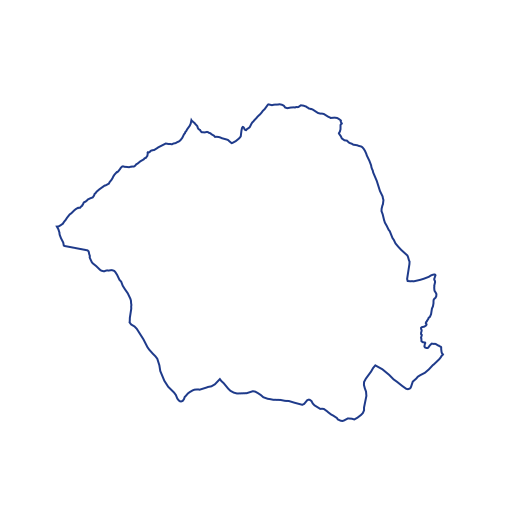 outline of Vetas, Santander, Colombia, rotated 100°
{"feature_id": "7082276B44126561494717", "entity_name": "Vetas", "entity_type": "district", "adm_level": 2, "iso_a3": "COL", "parent_name": "Colombia", "parent_adm1": "Santander", "projection": "mercator", "projection_center": [-72.897, 7.32], "detail": "fine", "context": "isolated", "style": "outline", "palette": "blue", "viewbox_px": 512, "rotation_deg": 100, "n_neighbors": 0, "source": "geoboundaries", "source_scale": "gbopen_adm2", "svg_char_len": 6060}
<svg xmlns="http://www.w3.org/2000/svg" viewBox="0 0 512 512"><g transform="rotate(100 256 256)"><path d="M133.5,343.2L137.0,343.3L139.3,343.9L143.2,345.8L145.3,346.5L146.3,347.2L147.5,347.3L148.5,348.0L152.4,349.1L154.7,350.3L156.2,351.4L157.1,352.5L157.2,352.9L158.8,354.8L159.6,356.9L160.6,358.2L160.6,360.2L160.9,361.2L160.9,364.4L166.1,371.3L166.6,371.7L169.4,374.8L169.6,375.8L170.1,376.7L170.2,377.2L170.9,378.1L171.6,378.4L172.5,379.3L172.6,380.5L173.2,380.7L173.8,380.4L176.2,380.4L178.6,381.6L179.1,382.7L180.3,383.3L182.8,386.3L185.7,388.8L186.4,389.8L187.9,390.6L188.9,391.5L189.3,392.5L189.4,393.7L189.7,394.1L189.9,395.0L190.6,396.4L190.8,399.5L191.0,400.5L190.8,402.5L190.9,402.9L191.3,403.5L192.7,404.5L194.0,405.0L196.4,406.3L197.4,407.0L197.7,407.4L197.6,407.7L200.8,409.7L201.4,409.8L202.2,410.3L203.9,410.7L206.0,411.5L208.9,413.1L210.2,413.4L212.7,416.5L212.9,417.3L217.5,421.8L220.3,424.1L222.1,425.0L222.8,425.7L224.6,426.0L226.7,427.0L227.8,429.0L229.6,431.5L230.7,432.1L231.0,432.5L232.2,433.4L232.6,434.4L233.8,435.1L235.4,435.4L235.8,435.8L236.7,435.9L237.3,436.6L239.1,437.7L239.2,438.9L240.0,439.8L239.2,439.4L241.2,441.7L242.6,442.9L246.0,445.3L247.4,446.7L251.1,448.7L254.1,450.0L254.6,450.4L257.0,451.6L257.5,451.6L259.6,453.7L260.9,455.2L261.3,455.9L261.6,457.2L264.1,455.2L267.2,453.6L268.2,453.4L269.4,452.9L272.4,451.1L276.2,448.2L279.1,447.1L279.4,446.1L279.4,444.6L279.7,422.9L280.5,421.7L281.5,421.2L282.9,420.7L284.9,419.6L286.1,419.6L287.2,419.0L290.5,416.7L291.5,415.6L293.7,411.6L296.7,407.2L297.3,405.8L297.5,403.0L296.4,401.1L296.0,400.0L296.0,398.8L295.0,395.9L295.0,394.7L295.3,393.0L296.2,391.8L298.7,389.5L303.2,386.3L304.7,384.3L308.4,382.1L311.4,379.4L315.0,375.8L319.9,372.3L321.7,371.4L324.2,370.8L325.9,370.2L327.1,370.2L329.6,369.7L338.8,369.5L342.2,369.0L343.3,369.0L345.1,367.1L346.5,363.4L348.4,360.8L357.6,352.4L364.6,347.1L366.7,345.0L370.1,340.7L372.2,337.7L374.3,335.4L380.4,332.2L385.9,330.3L394.8,324.6L400.0,319.8L404.7,313.0L406.8,310.8L410.1,308.7L411.7,306.9L412.3,305.6L412.3,304.6L411.5,303.1L409.5,302.1L407.1,301.7L406.4,301.1L403.2,299.2L401.6,297.7L399.3,295.0L398.3,293.3L397.6,290.6L397.4,289.3L397.5,288.4L394.2,282.0L393.3,280.5L392.1,277.3L389.5,274.2L383.5,270.2L385.1,268.5L386.9,265.7L391.5,260.3L393.2,257.8L394.4,254.2L394.7,250.8L392.7,241.3L389.7,235.6L389.7,233.2L390.7,230.3L392.1,227.1L393.8,224.3L394.6,219.6L394.5,217.5L394.6,214.1L393.5,206.9L393.6,202.1L393.1,198.5L393.8,192.7L394.5,184.6L393.3,182.9L389.1,180.5L388.3,179.1L388.3,178.1L389.2,176.2L391.4,174.5L392.9,172.5L395.4,166.2L394.9,164.0L394.9,162.5L396.7,158.8L397.3,157.9L399.1,154.4L399.7,152.4L401.5,148.2L402.7,147.1L403.5,144.1L403.5,142.3L402.8,140.9L400.0,137.3L399.6,133.4L399.9,130.8L397.6,128.0L394.2,124.9L392.1,123.5L389.2,122.8L386.5,123.3L374.6,123.0L370.4,124.1L367.5,125.8L364.3,127.3L361.3,127.7L357.7,126.5L349.8,122.6L345.9,121.2L343.0,119.5L345.6,111.9L349.9,104.3L353.6,99.1L355.4,95.3L358.6,89.4L360.7,85.0L360.8,83.3L359.9,81.6L359.0,80.9L357.9,80.6L352.5,79.8L348.9,76.9L346.8,75.7L344.8,73.5L341.7,69.4L337.7,66.1L332.6,62.8L332.2,62.3L325.8,57.6L323.6,56.4L322.3,56.0L321.2,55.1L320.4,54.8L320.0,55.5L319.3,56.1L318.3,56.6L315.7,57.4L313.7,57.8L313.3,58.2L312.9,59.9L312.5,60.4L312.5,61.1L311.5,63.6L311.4,64.5L311.7,65.6L311.8,67.8L313.9,69.3L315.8,70.2L316.7,70.8L316.9,71.3L317.0,72.3L316.7,73.7L316.3,74.1L315.6,74.5L313.2,74.4L312.3,74.2L311.9,74.5L311.9,77.0L311.1,78.3L308.7,78.8L307.9,79.3L305.3,79.0L304.8,79.1L304.4,79.8L303.2,80.1L300.9,79.9L300.3,80.0L299.2,80.7L298.2,81.0L297.8,80.8L297.2,80.2L296.4,78.1L295.6,77.2L295.3,76.8L294.2,76.2L293.6,76.2L292.8,77.1L292.0,77.1L291.5,77.0L290.8,76.4L290.2,76.4L288.3,75.5L286.8,75.2L285.8,74.2L283.0,73.5L277.2,73.6L274.9,73.0L271.8,73.0L269.3,73.4L268.1,73.4L267.1,72.9L266.0,72.0L264.4,71.5L262.2,71.7L260.8,72.7L259.6,73.9L258.6,74.4L256.2,75.0L254.9,75.1L254.4,75.3L250.7,75.1L249.6,75.4L248.4,76.3L247.7,76.5L243.8,75.9L243.3,76.3L243.2,77.2L244.0,79.1L244.9,80.5L246.5,82.2L249.2,86.7L250.9,90.0L253.2,95.4L253.6,96.5L253.6,97.3L254.1,99.8L254.3,102.3L252.4,103.2L237.5,103.5L234.9,103.8L233.7,104.6L230.6,106.1L229.2,107.0L224.7,114.2L222.1,117.6L219.4,120.8L216.2,123.1L214.6,124.7L208.3,128.6L207.2,129.9L203.6,132.5L200.7,134.9L198.9,135.8L199.1,135.8L192.9,138.5L190.0,140.2L187.7,140.5L184.4,140.3L183.0,140.0L178.8,140.2L177.2,141.0L175.3,141.7L170.5,145.2L161.1,150.1L153.4,155.1L151.5,155.9L150.1,156.9L148.4,157.8L146.7,158.4L142.5,160.9L137.8,164.3L136.1,165.2L133.6,166.9L131.8,168.5L130.4,170.2L129.9,171.4L129.7,174.3L129.4,175.3L129.4,177.6L129.5,179.0L129.3,180.1L128.8,181.1L128.5,183.2L128.1,184.3L126.6,186.5L126.7,189.0L125.3,191.9L123.4,193.2L121.3,195.3L120.7,195.7L118.9,195.0L116.5,194.8L112.3,195.5L111.5,195.3L110.9,194.6L110.6,194.5L109.0,195.9L107.9,195.9L107.6,196.3L106.5,198.6L106.0,200.1L106.1,202.6L107.1,206.5L106.9,206.7L106.3,209.1L104.4,213.8L104.3,215.5L104.6,217.5L104.4,219.8L102.0,225.4L101.6,227.0L101.8,227.4L101.6,228.2L101.5,229.8L100.9,230.7L100.6,231.9L100.2,232.3L99.7,235.4L99.8,238.0L101.9,240.1L102.2,241.0L102.3,242.3L103.0,243.4L103.0,244.5L103.8,247.7L105.0,250.8L104.7,253.1L103.4,254.4L103.1,254.9L102.6,256.5L102.5,257.7L102.5,259.4L103.0,260.5L103.8,264.4L104.7,266.5L104.5,270.0L104.8,270.5L105.2,270.7L109.9,273.0L111.9,274.5L113.8,275.4L116.1,276.8L116.5,277.2L118.7,278.8L119.7,279.3L123.0,281.5L123.9,281.9L125.0,282.8L126.4,283.4L130.1,284.5L130.9,285.1L132.7,287.0L133.8,287.6L133.8,288.3L133.3,289.2L132.3,289.8L131.4,290.7L131.2,291.1L131.2,291.5L132.4,292.0L135.1,292.1L140.7,291.8L141.7,292.2L143.4,293.3L146.4,295.9L148.7,298.8L149.1,299.6L147.5,302.4L146.7,303.5L146.4,304.9L145.9,310.2L145.5,311.6L145.3,313.3L145.4,315.2L145.8,317.1L144.8,318.3L143.8,321.1L143.1,322.1L142.8,324.0L142.4,324.7L142.3,325.8L143.2,328.0L143.5,331.1L142.6,332.2L141.6,333.0L141.6,333.3L140.9,334.7L139.9,335.6L138.4,336.3L137.8,337.0L136.5,338.8L135.7,339.6L134.9,341.2L134.3,342.0L134.3,342.5L133.5,343.2Z" fill="none" stroke="#1e3a8a" stroke-width="2"/></g></svg>